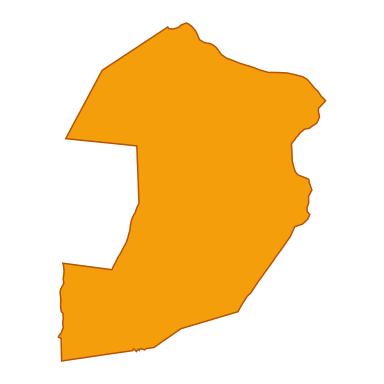 Coetzala, Veracruz, Mexico (Albers equal-area conic projection)
{"feature_id": "50627088B57395168555845", "entity_name": "Coetzala", "entity_type": "district", "adm_level": 2, "iso_a3": "MEX", "parent_name": "Mexico", "parent_adm1": "Veracruz", "projection": "albers", "projection_center": [-96.922, 18.775], "detail": "fine", "context": "isolated", "style": "filled", "palette": "amber", "viewbox_px": 384, "rotation_deg": 0, "n_neighbors": 0, "source": "geoboundaries", "source_scale": "gbopen_adm2", "svg_char_len": 2893}
<svg xmlns="http://www.w3.org/2000/svg" viewBox="0 0 384 384"><path d="M167.8,27.0L163.1,30.1L156.4,34.5L150.7,38.3L147.4,40.4L141.2,44.6L138.0,46.7L132.8,50.1L132.7,50.1L129.3,52.4L126.3,54.4L125.1,55.1L120.5,58.2L117.8,60.0L112.0,63.8L107.0,67.1L106.2,67.7L102.2,70.3L96.4,81.1L95.3,83.2L90.2,92.8L88.4,96.2L85.7,101.2L83.8,104.7L82.0,108.2L78.7,114.3L74.9,121.3L73.9,123.2L72.3,126.3L68.1,134.2L65.7,138.6L84.0,140.5L100.0,142.1L123.7,144.5L136.8,145.9L136.9,147.9L137.0,150.3L137.1,152.6L137.2,156.3L137.3,159.8L137.5,163.8L137.6,166.7L137.9,173.9L138.2,181.2L138.4,187.6L138.5,190.9L139.0,203.3L136.7,208.1L135.8,210.8L135.4,212.2L132.9,216.5L131.4,220.6L130.9,222.7L130.4,225.4L129.9,230.6L128.8,233.8L128.0,237.3L127.0,240.1L126.7,241.2L126.2,242.6L123.2,248.1L122.2,250.0L120.6,253.2L118.1,257.1L115.6,262.2L114.5,264.3L113.4,266.3L111.9,269.7L102.7,268.5L62.8,263.2L63.4,264.7L63.4,265.0L64.1,270.8L63.8,274.7L63.7,275.2L63.2,278.8L63.8,283.4L61.0,288.5L60.7,288.9L60.1,292.3L60.3,294.4L60.7,299.0L60.9,300.4L60.6,304.4L60.5,305.7L60.7,307.8L61.2,311.2L61.9,312.3L63.1,313.6L63.1,314.7L63.1,314.9L63.2,319.0L62.7,322.5L63.2,327.7L63.1,328.0L62.5,329.4L62.2,330.3L61.6,332.3L60.4,333.8L59.2,335.3L58.4,337.1L61.1,338.4L61.6,361.0L74.9,359.0L84.2,357.7L90.0,356.8L94.1,356.2L106.2,354.4L114.0,353.3L118.8,352.6L120.8,352.3L123.2,352.0L132.6,350.6L132.8,350.3L133.8,348.9L136.4,351.5L138.1,349.2L139.2,350.4L140.4,348.6L140.8,348.7L141.1,348.8L144.8,349.9L146.0,348.6L153.9,347.5L162.0,341.8L164.9,339.8L171.6,335.2L177.0,331.4L180.9,328.7L190.9,325.7L201.0,322.7L215.8,318.3L238.0,311.7L241.4,305.4L244.7,300.3L247.0,296.5L250.7,293.0L252.7,290.0L254.8,286.9L258.4,281.4L263.6,274.2L269.6,265.9L273.1,261.0L275.1,257.9L276.7,255.7L279.4,252.0L281.6,249.1L281.9,248.6L284.3,245.2L286.6,241.8L290.1,237.0L290.5,236.1L294.2,228.0L294.8,226.7L300.8,224.7L302.7,224.0L306.9,220.0L307.7,219.2L309.8,214.6L307.2,211.4L307.0,207.8L308.7,202.8L308.6,201.1L308.5,196.4L311.3,191.1L311.9,190.1L310.3,185.5L309.4,183.1L308.7,179.2L297.7,174.8L295.2,171.5L293.5,166.1L292.2,160.8L292.1,155.7L291.9,150.6L291.6,147.1L291.5,143.8L293.8,140.7L294.7,140.0L295.2,138.6L298.1,135.6L299.6,133.4L304.4,129.2L309.4,128.3L311.5,126.6L314.4,124.7L316.7,123.1L316.9,122.8L319.5,117.2L319.1,114.5L318.8,113.7L318.4,111.1L318.5,108.4L321.6,105.1L325.6,100.8L323.9,98.9L320.9,95.8L317.9,91.2L314.5,88.1L310.7,83.4L307.3,79.5L302.8,76.8L297.1,75.2L292.8,74.2L287.4,73.0L283.8,72.8L277.5,72.5L268.3,72.4L262.7,70.8L259.9,70.0L256.9,68.8L252.7,67.2L250.8,66.6L244.7,64.8L242.8,64.2L238.6,62.8L236.9,62.1L232.9,60.5L226.4,58.1L225.5,57.4L221.5,54.6L218.9,51.1L216.6,48.0L214.0,45.6L210.5,43.7L204.1,42.5L199.5,39.7L197.6,35.1L195.8,31.2L192.0,26.6L190.3,25.3L189.0,24.2L186.3,23.0L184.5,23.7L181.3,24.9L179.9,26.1L178.2,27.6L173.2,29.0L168.7,28.6L167.8,27.0Z" fill="#f59e0b" stroke="#b45309" stroke-width="1.5"/></svg>